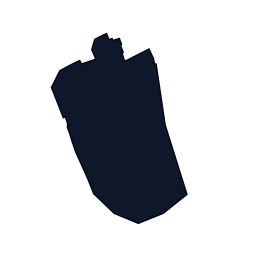 outline of Asunción Ocotlán, Oaxaca, Mexico, rotated 225°
{"feature_id": "50627088B10874491578506", "entity_name": "Asunción Ocotlán", "entity_type": "district", "adm_level": 2, "iso_a3": "MEX", "parent_name": "Mexico", "parent_adm1": "Oaxaca", "projection": "mercator", "projection_center": [-96.719, 16.762], "detail": "fine", "context": "isolated", "style": "filled", "palette": "ink", "viewbox_px": 256, "rotation_deg": 225, "n_neighbors": 0, "source": "geoboundaries", "source_scale": "gbopen_adm2", "svg_char_len": 855}
<svg xmlns="http://www.w3.org/2000/svg" viewBox="0 0 256 256"><g transform="rotate(225 128 128)"><path d="M216.6,120.2L210.8,102.6L181.0,89.6L180.4,91.7L178.1,90.6L174.8,89.0L173.1,87.7L172.5,87.1L171.4,85.7L169.8,85.0L165.7,83.1L159.5,79.8L155.1,77.6L150.5,75.3L148.6,74.3L133.4,68.6L124.9,65.4L118.9,63.0L105.8,57.3L77.4,57.9L53.3,67.9L42.8,92.7L39.4,122.7L104.1,156.5L153.4,193.1L154.2,191.9L154.6,192.1L155.8,192.8L158.3,194.5L159.5,195.2L169.0,198.7L169.8,196.1L174.5,181.8L175.9,177.3L177.4,172.9L180.0,174.0L185.3,176.8L185.3,177.0L185.0,178.1L191.7,181.2L191.7,182.5L197.4,185.1L200.6,179.2L202.5,179.9L202.9,179.1L203.9,177.0L209.9,179.5L210.1,179.2L212.9,171.3L214.1,167.0L209.0,157.9L199.4,153.9L203.2,146.1L206.1,140.2L209.1,141.4L210.0,141.2L213.7,130.3L216.6,120.5L216.6,120.2Z" fill="#0f172a" stroke="#020617" stroke-width="1.5"/></g></svg>